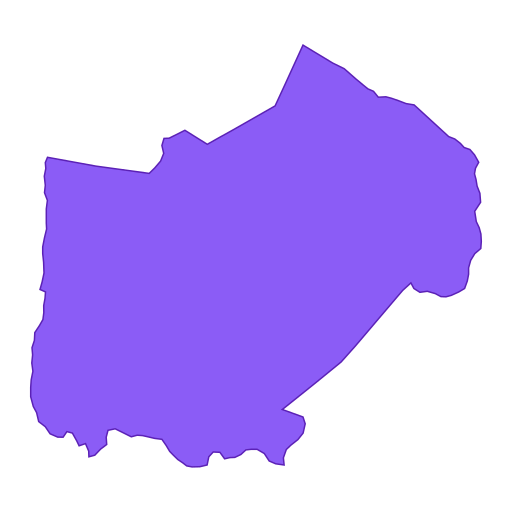 outline of Catu, Bahia, Brazil
{"feature_id": "56859067B63538052754929", "entity_name": "Catu", "entity_type": "district", "adm_level": 2, "iso_a3": "BRA", "parent_name": "Brazil", "parent_adm1": "Bahia", "projection": "natural_earth1", "projection_center": [-38.421, -12.325], "detail": "fine", "context": "isolated", "style": "filled", "palette": "violet", "viewbox_px": 512, "rotation_deg": 0, "n_neighbors": 0, "source": "geoboundaries", "source_scale": "gbopen_adm2", "svg_char_len": 1990}
<svg xmlns="http://www.w3.org/2000/svg" viewBox="0 0 512 512"><path d="M47.5,157.3L45.3,162.6L45.8,168.5L44.3,176.2L45.3,185.3L44.5,192.7L47.4,200.4L46.3,208.9L46.3,217.0L46.3,223.1L46.6,229.0L44.5,237.7L42.7,246.9L42.7,253.5L43.6,262.2L44.0,273.0L42.1,282.0L40.0,289.5L45.5,291.9L45.0,298.4L43.7,305.6L43.8,312.7L42.9,319.6L39.5,325.5L34.8,332.6L34.4,340.4L32.0,347.7L32.6,354.9L31.8,363.0L32.9,371.3L31.2,379.8L30.7,387.5L30.7,396.8L33.3,406.5L36.6,412.6L38.7,421.6L45.3,426.7L50.1,433.8L57.7,437.1L63.1,437.2L66.9,431.6L72.4,433.1L76.7,440.8L79.1,445.8L85.5,443.6L88.7,451.1L88.9,456.8L94.8,455.2L100.6,449.1L106.7,444.5L106.2,437.2L108.0,430.3L115.2,428.8L123.9,433.1L131.3,436.8L137.2,435.2L142.6,435.6L147.9,436.8L154.7,438.4L161.9,439.3L166.2,445.5L169.7,451.4L173.4,455.2L177.8,459.5L182.7,462.8L186.7,465.9L192.0,466.9L199.9,466.7L207.1,465.0L208.8,456.8L213.2,452.0L219.9,452.3L224.6,458.8L229.9,457.6L234.8,457.4L240.9,454.5L245.9,449.9L251.2,449.3L257.1,449.3L264.3,453.5L269.2,461.0L275.7,463.8L284.1,465.0L283.4,457.8L286.3,449.5L290.8,445.2L297.9,439.6L303.1,433.1L305.2,423.8L303.0,417.0L282.3,409.5L315.5,382.9L341.1,362.0L355.2,346.2L397.9,296.0L402.7,290.4L410.9,282.9L413.9,288.5L419.9,292.3L427.3,291.3L435.3,293.6L440.9,296.6L446.0,296.8L451.2,295.4L458.7,292.0L464.6,288.5L467.3,281.0L468.6,274.2L468.6,267.8L470.7,260.3L474.8,253.6L480.8,248.5L481.3,241.4L480.9,234.0L479.2,227.7L476.3,221.6L474.7,211.3L480.6,202.3L479.9,193.3L477.1,186.1L476.0,179.4L474.5,173.8L475.5,168.2L478.7,162.3L474.5,154.8L469.9,149.5L464.1,147.5L460.4,143.4L454.8,139.0L448.7,136.6L414.1,104.9L406.1,103.6L398.8,100.8L391.3,98.2L385.9,96.8L378.3,97.2L373.5,91.3L367.8,88.8L362.8,84.7L355.7,78.8L349.8,73.6L344.2,68.7L332.8,63.1L303.0,45.1L285.0,84.5L275.1,105.9L231.6,130.7L219.5,137.4L207.3,144.3L198.8,139.0L184.9,130.3L169.1,138.2L164.0,138.4L161.9,145.5L163.7,153.4L160.6,161.1L154.8,167.9L149.2,173.4L95.8,166.1L47.5,157.3Z" fill="#8b5cf6" stroke="#5b21b6" stroke-width="1.5"/></svg>